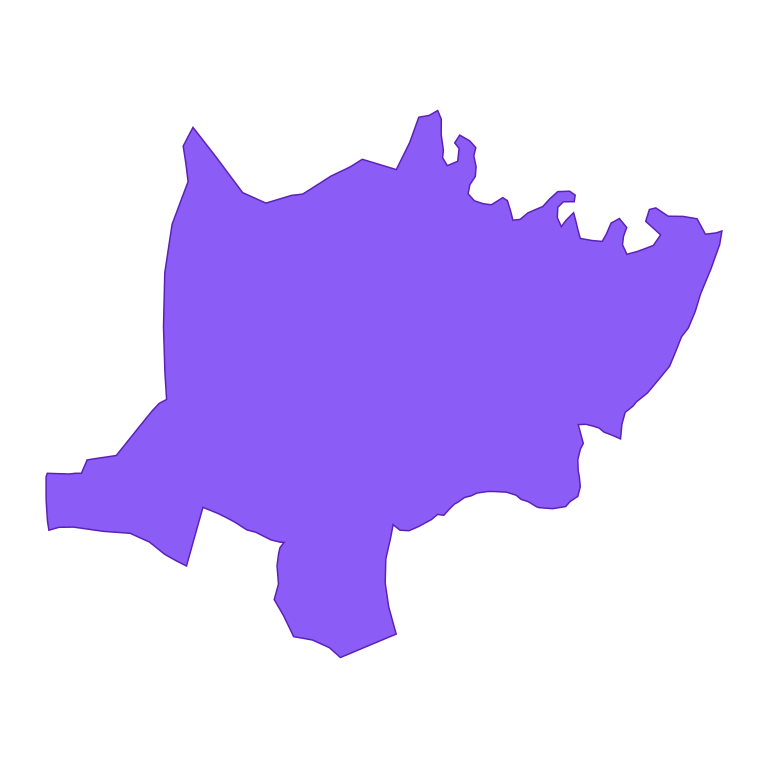 outline of Mamberamo Tengah, Papua, Indonesia
{"feature_id": "22746128B2349164731379", "entity_name": "Mamberamo Tengah", "entity_type": "district", "adm_level": 2, "iso_a3": "IDN", "parent_name": "Indonesia", "parent_adm1": "Papua", "projection": "natural_earth1", "projection_center": [139.024, -3.626], "detail": "fine", "context": "isolated", "style": "filled", "palette": "violet", "viewbox_px": 768, "rotation_deg": 0, "n_neighbors": 0, "source": "geoboundaries", "source_scale": "gbopen_adm2", "svg_char_len": 3266}
<svg xmlns="http://www.w3.org/2000/svg" viewBox="0 0 768 768"><path d="M340.4,657.5L379.2,641.2L384.4,639.0L396.2,634.1L388.6,606.5L387.3,597.3L385.2,583.1L385.6,567.5L385.8,559.1L390.9,536.5L393.1,524.7L400.0,530.2L408.9,530.7L416.9,527.3L418.8,526.4L424.7,523.2L431.4,519.6L437.6,514.4L443.8,515.3L449.2,509.3L454.4,504.1L458.1,502.1L461.4,499.7L461.5,499.7L464.5,497.5L471.2,495.8L477.1,493.0L487.7,491.5L493.7,491.5L505.3,492.1L506.3,492.1L516.4,495.3L520.9,499.3L525.2,500.7L528.5,501.8L536.4,506.7L538.9,507.6L552.5,508.7L565.4,506.6L565.7,506.6L570.1,501.5L577.8,496.4L580.3,486.7L579.3,476.5L578.2,471.0L577.8,459.6L580.4,449.0L583.3,443.5L580.7,433.7L578.2,424.6L585.9,424.3L593.8,426.3L599.0,428.0L603.9,432.0L612.8,435.5L620.5,438.9L621.9,424.3L625.2,412.3L633.1,406.0L636.3,402.0L647.6,392.8L659.7,378.3L664.2,372.8L669.6,366.2L675.3,352.5L681.5,336.8L688.4,327.9L695.3,311.3L700.5,294.1L710.9,269.0L719.4,245.3L719.6,244.9L721.9,231.0L716.2,232.9L705.4,234.2L697.1,218.8L683.1,216.4L668.2,216.2L655.8,207.9L649.4,209.5L645.7,221.4L653.9,228.7L660.6,234.9L653.3,245.5L637.2,251.5L626.9,254.3L622.5,244.7L623.5,236.3L626.7,227.5L619.4,218.5L611.1,223.1L609.9,225.8L606.3,234.2L602.2,241.4L591.9,240.5L585.7,239.4L580.3,238.4L577.9,229.8L575.9,221.3L573.6,212.7L566.1,220.2L561.3,226.6L557.3,217.7L557.8,207.3L563.4,201.8L574.2,201.7L575.2,195.1L569.6,191.2L557.8,191.6L549.9,198.7L542.8,206.5L535.4,209.6L527.9,212.9L520.1,219.4L512.9,220.2L510.7,211.4L507.4,200.7L502.8,197.6L491.4,204.8L483.2,203.7L474.4,200.8L468.1,193.8L469.8,184.8L475.3,176.5L476.1,166.8L473.8,155.8L475.8,147.7L469.8,140.9L459.7,135.1L454.7,142.9L459.1,148.4L457.7,161.3L447.3,165.6L442.6,157.7L443.4,150.3L441.2,134.7L441.3,119.2L437.7,110.5L429.0,115.5L418.8,117.2L409.7,142.5L396.3,169.6L362.3,159.3L350.0,167.0L344.2,169.8L341.6,171.0L338.5,172.5L331.1,176.0L326.3,179.1L302.7,194.1L291.5,195.4L265.9,203.1L242.6,192.6L216.5,157.6L201.2,137.9L193.0,127.4L187.6,137.6L184.7,143.2L183.2,146.1L185.6,161.7L186.5,168.5L188.0,181.0L188.1,181.6L181.6,198.8L172.1,224.3L169.6,240.7L168.2,250.0L164.8,272.6L164.5,284.4L163.5,326.7L164.4,355.8L164.8,369.3L165.2,377.0L166.6,399.5L162.5,401.6L159.3,403.3L151.9,411.2L151.4,411.8L146.3,418.0L143.8,421.2L138.5,427.7L137.7,428.7L132.3,435.5L126.8,442.3L123.6,446.4L120.4,450.3L116.3,455.5L107.7,456.8L98.0,458.2L88.5,459.7L87.1,459.9L86.3,461.9L83.7,467.9L81.4,473.3L75.3,473.3L73.4,473.5L69.4,474.0L65.6,473.9L47.3,473.3L46.1,476.8L46.1,478.9L46.1,493.3L46.2,501.0L46.7,509.2L47.5,521.3L48.9,530.2L59.0,527.3L73.5,527.1L76.4,527.5L95.3,530.2L103.3,531.3L103.9,531.4L117.9,532.4L128.6,533.2L130.3,533.3L131.0,533.7L138.5,537.1L144.0,539.6L149.4,542.0L151.6,543.8L152.9,544.8L164.8,554.4L166.8,555.5L168.9,556.7L175.3,560.3L176.2,560.8L186.5,566.0L189.0,556.8L189.9,553.8L193.0,542.6L202.9,507.4L208.7,509.7L217.8,513.4L223.9,516.4L225.6,517.2L235.3,522.4L243.1,527.5L246.9,529.9L255.7,532.2L264.6,536.7L271.0,539.9L280.2,542.2L284.0,542.4L279.9,547.8L278.8,553.0L278.5,554.5L277.4,562.7L277.1,565.4L277.0,565.6L277.4,570.3L278.1,578.9L278.1,579.7L278.5,584.0L274.2,599.6L283.3,615.2L289.2,627.3L293.6,636.6L312.4,640.0L312.7,640.1L323.7,645.1L329.4,647.7L333.7,651.5L340.4,657.5Z" fill="#8b5cf6" stroke="#5b21b6" stroke-width="1.5"/></svg>